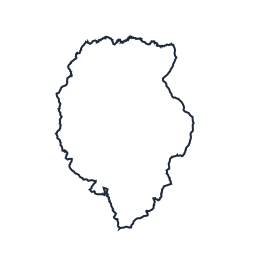 Retiro, Antioquia, Colombia, rotated 161°
{"feature_id": "7082276B46774973153529", "entity_name": "Retiro", "entity_type": "district", "adm_level": 2, "iso_a3": "COL", "parent_name": "Colombia", "parent_adm1": "Antioquia", "projection": "orthographic", "projection_center": [-75.514, 6.06], "detail": "fine", "context": "isolated", "style": "outline", "palette": "slate", "viewbox_px": 256, "rotation_deg": 161, "n_neighbors": 0, "source": "geoboundaries", "source_scale": "gbopen_adm2", "svg_char_len": 5825}
<svg xmlns="http://www.w3.org/2000/svg" viewBox="0 0 256 256"><g transform="rotate(161 128 128)"><path d="M87.3,208.8L88.0,208.3L89.2,209.3L90.4,209.3L90.8,209.8L91.5,209.6L92.0,210.8L93.2,211.1L93.5,211.8L95.0,211.7L95.3,212.1L95.0,213.1L95.6,213.3L96.1,214.0L96.8,213.6L97.0,212.4L97.6,212.3L98.1,213.2L98.8,212.8L99.0,212.1L99.7,212.1L99.7,211.8L99.2,211.2L99.4,211.0L100.8,211.4L101.7,211.0L101.8,211.7L102.1,211.8L103.5,211.2L104.0,211.4L104.5,210.6L104.8,210.8L105.6,210.4L106.1,211.2L106.7,211.2L106.1,211.8L107.0,212.8L106.8,213.9L107.5,214.0L107.8,214.5L108.6,213.9L108.9,214.4L109.6,214.2L109.8,213.9L109.3,213.3L109.5,213.0L110.5,212.6L111.0,212.8L113.4,211.3L114.4,212.1L114.5,214.3L114.3,215.0L114.6,215.7L114.2,216.3L114.6,216.4L115.0,218.2L115.3,218.5L115.9,218.5L116.7,219.8L117.7,220.6L118.5,220.9L118.7,221.3L120.1,221.3L119.9,220.6L120.1,220.1L121.1,220.6L121.7,220.6L122.3,221.1L123.5,220.5L124.8,220.6L125.3,219.9L126.7,220.7L127.3,220.4L127.7,219.2L129.5,219.1L129.3,219.6L129.7,219.7L129.7,220.8L130.6,221.5L133.0,221.6L134.3,220.5L136.5,219.9L137.0,220.8L137.9,221.3L138.0,222.7L138.3,222.3L138.6,222.4L139.5,222.6L139.8,223.0L140.0,222.6L142.3,221.3L142.8,220.7L144.2,220.3L146.2,218.7L146.8,218.0L146.9,217.0L147.9,216.6L149.0,214.8L149.9,214.6L151.0,214.9L151.4,215.6L152.5,215.3L152.4,214.7L153.2,214.3L153.3,213.8L154.1,212.7L153.8,211.6L154.2,210.8L154.9,210.5L155.7,210.6L156.7,210.0L160.3,208.9L160.8,208.6L160.8,208.0L163.4,206.9L164.4,205.8L164.7,205.5L164.7,203.5L163.9,202.0L164.1,200.6L163.4,199.5L164.4,197.8L163.9,196.7L164.3,195.6L165.2,195.5L165.6,195.9L165.8,195.6L167.3,195.5L169.3,194.7L169.5,193.7L170.5,191.9L170.4,191.5L171.0,190.1L172.5,188.7L177.0,188.4L178.3,187.6L179.3,186.2L180.0,185.9L181.1,184.4L182.7,183.6L183.7,184.0L184.4,183.7L184.8,181.3L184.7,180.2L184.0,178.5L184.2,176.6L184.6,176.0L184.6,174.3L184.1,173.6L184.1,172.9L186.2,169.6L186.2,168.9L186.6,168.5L187.4,168.5L187.2,167.9L187.7,166.9L187.0,164.2L187.6,163.3L187.6,161.9L187.0,160.3L189.8,158.1L190.2,155.8L191.1,154.6L190.6,152.8L191.1,152.4L192.0,150.0L192.8,149.5L193.5,148.4L194.7,148.3L196.2,147.5L197.1,146.0L197.5,146.2L197.9,146.2L197.3,143.3L198.0,142.0L198.0,141.0L197.1,140.3L196.3,138.1L196.7,137.4L196.4,136.2L197.4,133.7L196.6,132.1L197.0,128.7L197.4,128.0L196.8,127.6L195.5,127.6L195.8,126.9L195.7,126.2L195.2,126.0L194.9,126.4L194.2,126.3L193.4,124.2L194.0,123.0L194.3,122.8L194.7,122.9L195.0,122.1L196.7,120.0L195.5,117.9L193.2,117.9L191.2,117.0L192.1,115.0L193.9,113.6L194.5,112.6L195.2,112.4L196.0,110.3L195.7,108.6L194.7,106.1L194.4,105.5L193.3,104.5L193.1,103.2L192.5,102.1L191.4,101.5L189.8,99.7L189.4,97.5L188.8,96.7L187.5,95.7L187.0,93.7L184.5,93.2L183.4,92.5L182.8,91.0L179.6,90.6L178.5,90.1L177.2,88.9L175.7,88.5L176.4,87.1L178.2,86.5L181.5,84.2L181.9,83.2L184.2,82.2L183.8,81.8L183.5,80.1L183.1,79.5L182.5,79.2L180.4,79.2L180.2,78.5L180.5,77.1L180.0,76.4L178.2,75.1L176.8,74.8L173.9,73.6L173.5,74.0L172.2,72.3L171.2,73.0L171.1,74.8L170.4,75.9L170.7,77.8L170.3,78.3L170.4,79.2L168.3,77.8L167.3,76.7L169.2,73.8L169.2,73.4L168.8,72.3L168.8,71.7L169.8,71.4L170.2,70.9L169.9,70.1L169.3,70.0L168.6,68.2L169.3,67.5L169.0,65.6L169.6,64.8L169.0,64.3L169.1,63.0L168.7,62.0L169.2,59.8L168.5,55.9L169.2,55.4L169.3,55.1L168.9,54.7L169.0,54.3L168.5,53.1L167.8,52.3L167.7,51.4L167.2,51.0L168.9,49.3L170.4,48.4L170.3,47.5L169.4,46.1L169.0,45.6L167.8,45.5L167.6,45.1L168.2,43.8L168.0,41.8L169.1,39.4L169.3,37.8L168.1,36.3L168.7,35.6L167.8,35.9L166.0,35.7L164.5,35.2L162.1,35.3L160.7,34.7L160.4,34.2L159.6,33.7L159.0,33.7L158.6,33.2L157.4,33.0L156.6,34.3L156.5,35.0L155.2,35.7L154.2,35.9L153.4,37.6L152.9,38.0L152.0,38.2L151.3,38.8L149.4,39.4L147.9,39.4L146.3,38.8L145.0,39.0L144.9,38.8L141.7,39.6L138.8,38.9L138.5,39.2L137.7,39.2L137.5,39.6L137.4,41.3L137.8,42.2L137.8,43.5L137.4,43.7L135.8,42.7L134.6,42.6L131.4,43.2L130.1,43.9L129.6,44.5L129.5,45.2L128.9,46.6L128.3,46.6L128.2,47.4L126.7,49.5L126.9,52.3L126.7,52.3L126.9,53.2L125.3,53.0L125.1,52.1L124.5,51.3L123.5,50.9L123.0,49.8L121.3,50.1L120.7,51.3L119.1,51.8L118.3,53.3L118.5,54.2L118.0,54.6L117.8,55.5L117.1,55.7L117.0,56.5L116.0,57.7L116.0,58.6L113.8,60.2L113.3,61.1L105.3,61.1L105.4,62.8L105.0,63.4L105.1,64.6L105.5,65.4L105.1,66.2L105.3,66.7L104.9,67.1L104.9,67.7L105.4,68.3L105.5,71.1L106.3,72.3L105.5,73.3L105.3,75.4L102.3,76.2L101.9,77.1L101.1,81.2L99.7,82.4L98.1,85.3L97.1,85.6L96.0,86.4L95.6,86.0L94.5,86.3L92.3,85.9L90.7,86.1L90.3,86.4L90.3,85.9L89.9,85.5L87.8,85.2L87.0,84.9L86.6,84.0L85.1,83.9L84.2,84.9L83.2,85.0L82.8,85.9L81.5,87.1L81.1,88.1L80.3,88.6L80.2,89.4L79.1,90.5L75.9,92.2L75.6,93.0L74.4,94.0L74.0,95.0L71.9,97.9L71.2,99.8L71.0,101.7L69.8,103.2L68.3,103.7L67.4,104.6L65.8,109.9L64.3,111.3L64.6,112.7L63.4,117.6L64.9,119.3L65.8,122.5L68.6,124.8L69.6,126.4L69.5,127.2L68.4,129.0L68.2,129.8L68.4,133.1L69.1,135.6L70.4,137.8L70.8,139.2L71.7,139.5L73.7,141.6L75.0,141.8L75.9,143.3L76.1,144.5L75.8,146.3L76.5,147.9L76.5,151.6L78.0,155.5L77.4,157.1L77.7,157.9L77.7,158.8L79.0,160.5L79.4,161.4L78.8,163.5L73.1,165.8L71.3,167.3L70.0,167.7L68.3,169.7L65.8,171.5L64.1,174.1L62.9,175.1L60.6,177.8L59.3,179.0L60.0,181.1L59.6,183.7L58.1,186.5L58.0,189.2L58.3,191.4L58.2,191.8L58.6,191.8L58.6,192.1L59.4,192.5L59.6,193.3L60.0,193.0L60.7,193.4L61.1,193.0L62.7,193.2L63.3,193.9L64.2,194.2L65.1,193.7L66.3,194.0L67.3,193.6L67.8,194.1L68.7,193.9L68.9,194.4L69.6,194.3L69.8,194.9L70.5,194.9L70.7,194.5L70.8,194.8L71.5,195.0L72.1,196.0L73.6,196.1L73.9,196.5L73.1,197.0L73.0,197.6L73.2,197.8L73.0,198.5L73.7,198.9L74.0,199.5L75.1,199.4L75.0,200.4L75.3,200.5L75.0,201.4L75.2,201.6L75.9,201.4L77.3,202.3L77.8,201.6L78.9,201.3L79.7,200.3L80.2,200.2L80.5,200.5L81.1,200.3L81.8,200.5L83.6,202.2L83.8,203.2L84.5,204.0L86.3,205.0L86.4,206.0L86.9,206.5L87.0,206.9L86.2,207.9L87.3,208.8Z" fill="none" stroke="#1e293b" stroke-width="2"/></g></svg>